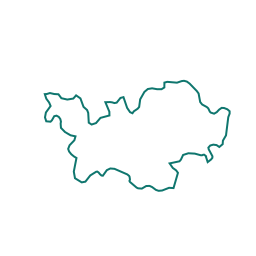 map outline of Asti (Robinson projection), rotated 123°
{"feature_id": "ITA-5440", "entity_name": "Asti", "entity_type": "Province", "adm_level": 1, "iso_a3": "ITA", "parent_name": "Italy", "parent_adm1": "", "projection": "robinson", "projection_center": [8.197, 44.827], "detail": "fine", "context": "isolated", "style": "outline", "palette": "teal", "viewbox_px": 256, "rotation_deg": 123, "n_neighbors": 0, "source": "natural_earth", "source_scale": "10m", "svg_char_len": 1899}
<svg xmlns="http://www.w3.org/2000/svg" viewBox="0 0 256 256"><g transform="rotate(123 128 128)"><path d="M88.8,133.9L84.5,132.6L81.6,129.4L79.6,124.7L77.2,121.0L74.2,119.6L70.1,122.2L67.9,120.2L63.3,111.6L59.4,108.5L57.9,106.7L57.0,103.9L57.2,100.5L59.5,90.5L60.6,87.6L66.9,81.6L67.9,78.6L67.5,73.4L67.8,71.4L69.7,68.3L70.0,67.0L69.1,63.6L66.4,62.2L63.0,61.6L60.1,60.4L58.9,58.3L58.2,54.9L58.6,51.9L60.6,50.6L64.3,49.8L80.8,41.8L86.9,41.5L90.0,39.8L94.2,41.1L94.1,44.4L95.5,47.4L97.9,49.5L100.7,49.9L101.9,48.7L105.7,41.8L107.1,41.0L109.2,41.2L113.2,42.6L109.7,46.9L109.2,47.1L108.9,49.5L109.5,50.4L110.5,51.0L111.2,52.1L113.1,58.0L116.3,63.6L120.6,67.1L125.7,66.4L127.9,66.7L135.0,73.8L137.1,68.7L137.3,64.6L138.4,61.7L153.6,57.1L155.8,61.0L161.8,65.3L164.0,68.1L164.7,70.9L164.4,75.6L164.8,78.3L166.7,81.1L171.3,83.4L173.1,86.7L173.3,88.3L172.2,96.8L172.0,97.4L171.8,97.7L171.5,98.0L171.2,98.1L170.6,98.1L170.4,98.2L170.0,98.4L168.0,100.2L167.6,100.9L167.3,103.3L169.6,117.1L171.6,120.8L174.9,122.8L181.7,123.1L182.3,124.4L182.0,126.4L181.3,128.5L181.3,130.1L182.1,130.9L188.3,133.8L196.2,134.5L198.8,137.2L199.0,145.1L194.1,149.7L181.2,154.9L181.3,157.8L180.9,161.3L179.8,164.6L178.1,166.8L174.3,167.6L167.5,166.3L163.6,167.5L165.4,172.2L165.7,178.6L164.4,184.3L161.0,186.9L159.2,187.7L157.4,189.6L156.4,192.1L156.6,194.7L158.3,196.3L163.0,196.0L164.9,196.4L166.9,200.2L164.3,203.4L159.7,205.3L151.7,204.9L149.6,208.0L147.9,212.5L144.9,216.2L143.7,214.6L141.2,212.5L139.7,208.4L137.6,204.7L139.3,200.1L137.2,194.4L133.1,189.9L128.9,189.3L129.1,184.0L134.5,176.8L135.2,172.1L137.0,169.6L144.9,163.8L144.9,160.4L141.3,157.5L134.5,156.6L127.6,150.4L124.5,152.5L118.7,161.0L116.1,157.3L115.1,155.2L114.5,153.0L112.9,151.3L106.9,150.7L104.6,148.6L111.6,139.7L113.6,134.9L113.2,132.3L110.8,132.2L106.6,130.4L104.3,130.1L97.3,133.4L88.8,133.9Z" fill="none" stroke="#0f766e" stroke-width="2"/></g></svg>